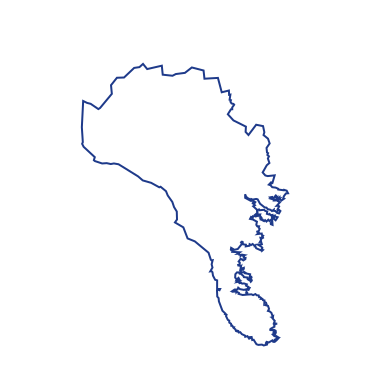 Lindesnes nor, Vest-Agder, Norway (Albers equal-area conic projection), rotated 292°
{"feature_id": "86288312B19723632220281", "entity_name": "Lindesnes nor", "entity_type": "district", "adm_level": 2, "iso_a3": "NOR", "parent_name": "Norway", "parent_adm1": "Vest-Agder", "projection": "albers", "projection_center": [7.221, 58.115], "detail": "fine", "context": "isolated", "style": "outline", "palette": "blue", "viewbox_px": 384, "rotation_deg": 292, "n_neighbors": 0, "source": "geoboundaries", "source_scale": "gbopen_adm2", "svg_char_len": 6078}
<svg xmlns="http://www.w3.org/2000/svg" viewBox="0 0 384 384"><g transform="rotate(292 192 192)"><path d="M269.8,79.6L260.7,76.9L253.0,80.9L235.5,75.3L233.8,74.1L235.8,65.0L235.3,61.4L235.6,57.0L210.8,65.6L197.3,72.1L195.5,72.1L193.3,74.6L187.9,88.8L184.7,89.1L184.3,90.4L184.8,98.0L186.8,102.1L187.5,106.2L189.2,108.9L190.2,113.5L186.3,136.1L184.3,142.0L185.2,150.7L184.1,159.9L185.1,160.9L183.0,167.6L179.7,170.8L175.4,177.5L171.3,181.0L168.2,185.2L160.9,188.4L157.4,187.6L156.0,197.2L147.3,205.3L147.3,213.1L141.9,230.1L136.3,234.8L135.9,235.8L136.5,236.7L132.3,237.3L129.6,239.3L125.3,238.7L125.9,239.7L125.3,241.0L122.3,242.8L119.3,246.3L119.5,248.4L111.5,251.6L112.6,254.4L111.2,254.3L111.1,252.3L110.2,252.0L104.5,254.6L103.6,256.4L100.7,257.9L93.3,264.7L91.8,268.5L91.1,268.4L91.1,270.0L89.6,270.1L86.9,273.1L86.7,274.7L84.9,275.5L84.5,277.5L82.7,278.6L83.2,279.4L82.0,280.9L82.3,281.7L81.5,281.7L80.9,283.7L79.6,284.8L79.6,286.0L80.4,286.0L80.5,287.0L79.3,288.1L80.1,289.3L78.9,291.4L78.7,295.0L77.7,295.6L79.1,297.4L77.4,299.9L78.7,301.1L79.2,300.2L79.9,301.6L77.3,303.3L78.1,304.5L75.0,308.8L75.1,310.8L76.7,314.0L76.6,316.0L78.6,318.7L79.4,318.6L79.0,317.7L79.5,317.1L81.0,317.3L81.3,319.6L84.5,322.1L83.5,323.4L84.0,324.8L85.6,325.5L85.6,323.1L85.9,324.5L86.6,323.6L86.1,325.9L89.0,327.0L87.9,324.3L89.6,326.4L90.0,324.0L89.2,322.4L90.1,320.4L91.5,322.4L92.3,322.4L91.9,320.3L93.7,319.8L94.2,321.8L94.7,321.5L94.9,319.9L93.4,316.7L93.5,315.4L94.1,316.8L94.8,316.3L98.0,318.9L99.5,318.0L100.6,318.9L100.6,317.9L101.4,318.5L101.2,317.1L103.5,317.0L105.1,313.9L106.4,314.3L105.7,314.0L105.8,313.1L106.4,313.9L107.2,313.7L106.8,313.4L109.7,310.9L110.4,308.7L110.2,307.0L112.5,307.2L114.9,305.1L114.6,302.4L115.9,303.1L117.1,302.1L117.3,300.8L116.3,300.6L118.6,299.8L118.3,298.3L119.2,297.5L118.7,296.0L119.5,296.2L120.0,294.6L119.6,293.6L121.1,292.6L120.5,290.8L121.1,289.0L119.3,287.3L119.4,285.5L117.7,281.9L119.4,280.9L119.7,280.2L118.6,281.0L119.1,280.4L118.7,280.1L117.6,281.7L115.5,277.6L115.0,273.4L116.0,273.3L116.3,270.8L115.6,270.6L116.3,270.2L114.9,267.3L115.4,267.3L115.2,266.5L117.5,268.0L118.6,270.7L120.6,270.7L119.9,272.9L120.7,276.8L122.4,279.1L121.9,279.1L122.4,281.1L124.5,281.3L123.9,279.8L125.2,279.8L125.4,277.2L126.9,277.4L126.7,274.4L125.8,272.8L126.2,271.6L125.3,270.3L125.8,269.1L126.7,269.5L125.5,267.6L127.2,268.5L126.3,266.1L127.3,266.1L128.2,266.8L127.7,267.8L128.1,269.4L129.8,267.3L127.7,266.2L128.8,264.1L132.0,263.0L134.3,263.8L135.0,265.6L134.1,266.7L134.5,267.9L133.4,271.1L132.5,272.0L133.5,275.4L132.0,276.3L131.7,277.8L132.2,278.3L130.8,280.1L132.3,280.6L133.3,279.8L133.0,277.3L135.2,279.1L135.7,278.7L135.2,277.2L137.5,276.7L136.6,271.9L137.1,272.1L137.4,270.3L136.2,268.6L136.3,267.1L138.1,266.5L139.1,268.7L141.1,268.8L139.6,268.4L141.0,268.3L139.4,266.2L140.4,266.1L139.3,265.7L141.5,265.3L140.9,265.0L141.8,264.0L141.2,262.5L141.7,262.1L143.3,264.0L142.8,263.3L144.5,262.7L145.0,261.3L148.3,262.1L147.8,265.2L149.7,266.6L151.0,266.3L150.4,264.6L151.9,264.3L151.9,263.3L153.2,264.5L152.6,261.7L151.1,261.0L151.9,260.7L151.6,259.2L152.4,258.7L151.8,257.4L154.0,258.9L151.6,251.8L153.4,251.8L152.7,250.3L153.1,249.6L154.9,249.2L154.3,253.0L156.3,255.8L161.9,257.5L163.2,257.4L163.4,256.3L162.9,255.9L164.6,256.8L164.7,257.6L162.6,258.9L163.3,261.7L161.7,262.2L163.7,265.4L165.2,265.0L165.0,266.7L166.5,267.7L165.8,269.5L166.1,270.5L165.1,270.6L165.6,272.1L165.1,271.3L163.9,272.6L163.7,278.2L164.3,278.7L163.8,279.0L164.8,279.5L164.8,277.9L166.5,278.2L167.3,276.8L167.9,272.8L169.8,276.3L171.8,274.7L171.2,273.7L173.5,274.0L175.0,272.8L175.1,274.1L176.9,275.6L176.0,274.4L176.6,274.3L176.3,273.6L178.1,274.3L178.3,273.0L179.6,272.2L177.5,268.4L179.3,269.2L179.7,267.6L179.2,266.6L180.8,268.5L183.3,268.5L184.0,267.0L185.3,267.0L184.7,265.2L185.7,263.9L188.8,263.3L189.3,258.7L188.8,255.9L191.1,256.1L191.2,257.9L192.4,257.6L193.0,259.1L194.2,259.4L193.3,260.4L194.3,261.6L195.3,261.4L195.0,259.3L196.9,260.3L199.9,258.9L201.7,254.1L203.3,255.3L204.2,253.2L204.2,251.7L205.0,254.2L206.3,254.5L206.6,251.6L205.8,249.8L206.5,243.5L209.8,242.1L207.9,244.0L207.2,246.0L206.9,249.6L207.7,249.6L207.7,251.1L209.6,254.1L209.8,255.6L206.6,259.5L204.9,265.2L205.4,266.9L204.5,268.5L204.9,271.5L204.3,273.3L206.1,274.4L205.1,274.6L205.6,276.4L204.5,278.7L204.7,280.7L207.5,281.1L208.0,279.6L206.7,278.6L207.7,277.8L211.3,278.2L211.6,277.2L210.9,275.7L215.5,277.4L215.7,275.1L218.3,275.8L217.3,274.8L217.7,273.5L216.5,274.2L215.4,272.5L216.0,272.3L214.9,271.0L215.6,270.8L215.3,267.3L215.8,267.7L216.3,266.4L217.5,268.3L216.4,270.0L221.0,271.1L218.4,271.4L219.5,272.9L218.0,273.0L218.3,274.5L219.9,275.2L218.3,276.0L217.6,278.1L220.2,279.8L220.2,279.0L222.7,278.8L225.8,279.6L226.8,281.5L228.7,279.3L228.5,276.5L228.0,276.5L226.6,271.0L227.3,270.7L227.4,267.9L226.5,264.6L227.7,262.3L227.6,260.5L230.6,261.7L230.6,262.6L229.6,262.5L230.4,263.2L238.4,262.4L235.1,256.2L234.8,253.8L236.6,250.2L244.8,251.3L247.9,252.9L251.5,249.8L253.9,250.0L254.6,248.0L256.5,248.0L256.8,246.7L260.8,244.6L266.1,245.8L269.9,242.5L271.6,237.0L274.5,236.7L279.7,233.2L278.4,226.3L266.0,223.0L267.8,219.2L272.8,217.5L273.9,203.6L277.5,196.1L283.2,197.1L283.8,198.3L285.4,197.6L288.7,198.4L289.2,197.5L288.9,195.5L290.1,193.8L291.7,193.7L291.6,192.3L296.7,191.1L296.0,190.0L299.9,188.2L295.6,182.2L307.5,173.3L301.7,161.1L309.0,157.2L307.4,145.2L299.8,140.8L295.3,132.8L292.5,130.4L289.8,120.9L297.8,116.7L289.2,104.4L292.4,98.6L288.1,96.5L285.4,91.9L272.7,86.1L269.8,79.6ZM201.0,260.7L199.8,259.5L195.8,261.1L195.1,262.1L196.1,262.1L196.6,263.4L195.4,263.1L195.9,263.9L193.5,265.0L194.4,265.7L193.9,266.4L192.3,266.3L192.7,267.8L192.2,267.8L192.0,269.8L193.3,270.3L192.5,272.1L194.9,273.1L194.1,274.6L196.6,276.0L194.8,276.1L194.5,277.2L192.7,276.6L191.7,277.2L191.7,279.0L198.7,275.5L198.1,277.1L198.5,277.8L197.8,277.8L197.1,280.1L200.7,280.8L200.3,277.5L201.1,277.5L199.7,275.2L200.8,275.0L200.0,273.7L200.7,272.2L200.0,271.9L199.8,269.6L202.1,269.1L201.9,267.0L202.5,265.5L200.4,261.5L201.0,260.7Z" fill="none" stroke="#1e3a8a" stroke-width="2"/></g></svg>